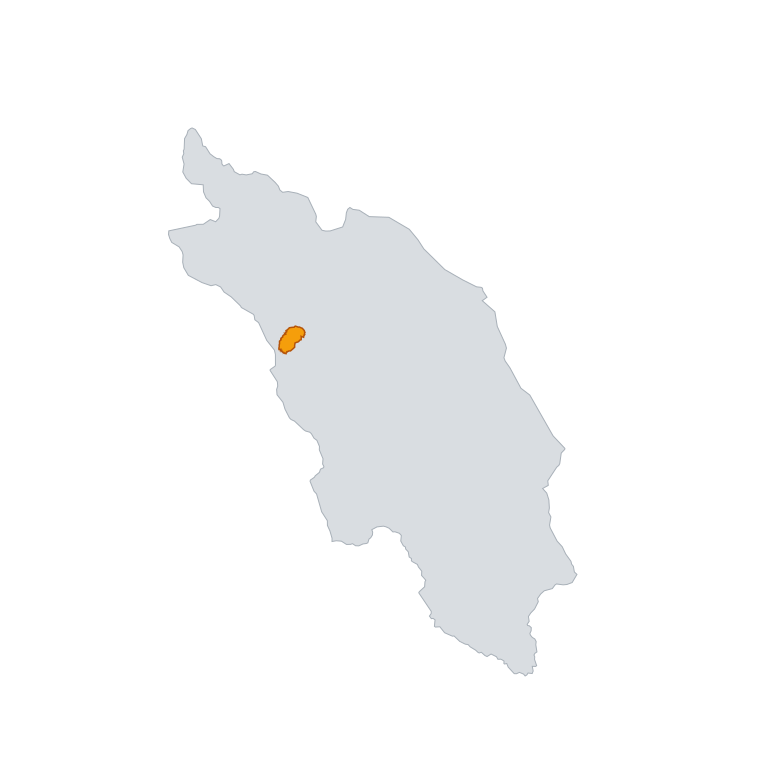 location of Mo'ngonmorit, Töv, Mongolia, rotated 233°
{"feature_id": "93677404B10296672671184", "entity_name": "Mo'ngonmorit", "entity_type": "district", "adm_level": 2, "iso_a3": "MNG", "parent_name": "Mongolia", "parent_adm1": "Töv", "projection": "equal_earth", "projection_center": [108.558, 48.538], "detail": "fine", "context": "in_parent", "style": "filled", "palette": "amber", "viewbox_px": 768, "rotation_deg": 233, "n_neighbors": 0, "source": "geoboundaries", "source_scale": "gbopen_adm2", "svg_char_len": 6235}
<svg xmlns="http://www.w3.org/2000/svg" viewBox="0 0 768 768"><g transform="rotate(233 384 384)"><path d="M65.9,321.0L68.3,320.9L72.2,318.6L72.9,315.4L74.3,313.7L83.1,312.8L86.9,313.8L87.8,311.8L88.5,311.5L90.5,313.1L92.5,312.4L94.0,311.6L95.6,309.3L98.5,309.7L103.9,307.0L104.3,302.3L106.4,301.2L111.1,300.3L111.9,298.2L112.9,297.6L116.3,297.0L122.3,294.6L125.1,294.4L127.4,292.3L132.8,289.6L140.6,288.3L141.4,286.9L148.9,282.7L156.5,282.5L158.9,278.8L160.1,278.4L164.9,282.8L167.2,282.2L168.1,280.6L171.3,280.6L172.3,283.6L174.0,284.9L196.3,286.1L196.9,287.2L197.6,294.4L201.4,297.7L202.2,299.3L208.5,298.8L211.8,301.5L217.2,301.4L219.8,302.1L225.3,299.6L226.5,299.6L228.1,300.9L230.7,300.0L235.4,302.4L239.2,302.0L240.9,303.0L243.2,302.1L248.5,302.9L252.6,306.7L255.6,306.4L259.4,303.8L260.5,302.1L265.7,301.3L268.8,299.6L270.8,298.0L274.1,292.4L275.0,286.6L272.5,285.8L270.4,283.9L269.2,280.8L269.2,278.7L266.9,275.5L267.3,273.8L268.9,271.0L269.9,266.5L271.9,264.0L275.5,262.7L276.0,260.9L278.4,257.5L284.1,255.4L287.5,251.6L289.5,247.7L292.1,249.7L299.2,252.4L305.1,253.7L308.9,256.5L319.4,257.3L336.8,264.0L340.5,263.6L350.8,266.4L351.6,267.4L351.4,272.4L352.1,273.8L352.3,279.3L354.2,282.0L353.5,285.4L354.4,286.4L357.0,286.8L361.0,290.3L370.3,292.7L373.0,294.9L379.4,296.5L382.8,295.5L388.2,296.1L390.2,295.7L393.6,293.1L395.9,292.3L408.2,290.2L411.6,288.4L413.9,288.1L423.5,289.8L430.2,292.3L439.8,292.1L444.3,295.0L446.2,297.8L450.0,300.2L463.4,301.2L464.0,301.8L463.8,307.7L464.3,308.6L473.0,315.1L477.1,316.9L489.4,316.6L508.5,320.8L513.0,319.5L517.0,321.6L518.6,321.5L530.9,316.1L532.7,316.4L545.5,314.4L553.6,311.6L559.8,311.9L564.6,309.5L566.6,305.0L574.5,299.7L588.5,293.1L597.3,294.1L602.4,296.5L608.0,301.2L611.1,302.5L616.8,302.9L624.8,299.7L629.1,300.5L633.1,301.9L635.8,304.3L624.2,329.1L624.1,330.6L620.3,335.8L619.9,344.2L614.9,347.2L615.7,351.9L617.0,353.7L622.8,358.6L624.7,357.9L626.2,355.9L629.3,354.2L634.9,354.6L639.8,353.9L646.1,355.5L651.9,359.5L659.8,350.8L667.3,349.8L674.4,350.9L680.0,356.7L686.6,359.4L688.4,362.7L691.0,364.1L691.8,365.7L700.0,372.4L701.9,376.8L704.3,380.0L704.4,383.2L704.0,384.8L700.8,386.5L689.8,385.7L683.2,382.5L680.9,384.3L672.5,383.6L667.8,384.9L664.6,386.2L662.8,388.3L661.3,388.8L659.9,388.7L657.3,387.0L655.1,387.0L654.5,387.4L653.3,392.9L646.1,392.9L643.7,392.2L637.8,394.8L637.0,396.9L633.9,399.8L631.2,405.3L631.9,407.7L631.1,409.2L625.8,412.1L620.9,416.6L610.4,418.4L605.5,418.7L601.7,417.6L598.1,418.4L595.4,423.3L588.7,429.4L578.8,435.4L560.7,431.7L558.5,430.8L554.6,427.1L544.1,427.0L541.2,429.5L538.6,433.2L534.3,445.5L538.5,452.4L543.4,457.0L545.4,460.2L545.5,463.0L542.2,464.2L537.7,468.8L526.6,472.9L514.2,488.2L492.3,497.3L478.7,497.9L468.0,497.1L438.8,501.4L420.0,509.4L405.9,516.4L402.8,519.7L401.3,520.3L398.8,519.0L391.3,518.5L391.4,512.6L374.9,516.0L361.8,509.1L342.8,504.9L339.0,503.4L332.8,495.6L329.4,494.6L321.1,494.3L298.2,490.8L287.4,493.8L240.8,487.8L223.7,489.7L223.0,489.0L222.2,484.0L214.7,476.5L213.8,474.7L213.6,471.8L208.1,456.5L204.2,454.2L205.1,447.8L198.9,448.3L192.2,445.9L185.4,441.4L182.3,438.1L177.4,437.3L171.7,431.3L169.0,430.1L154.3,427.7L146.8,428.4L138.9,426.8L129.9,426.6L127.1,425.4L124.4,425.5L119.3,422.9L115.8,423.5L112.2,414.8L113.8,409.4L115.8,406.2L120.5,401.4L120.6,399.6L119.3,395.3L122.4,387.6L122.0,382.8L120.3,377.5L117.3,376.2L113.7,368.9L112.8,363.3L111.4,359.4L107.1,357.1L105.9,353.7L104.6,353.4L103.5,354.5L100.8,355.0L98.3,352.9L97.0,350.4L95.4,349.8L92.4,349.9L89.6,351.0L86.7,350.5L84.4,348.3L78.0,344.9L78.1,342.4L77.3,340.7L75.4,340.2L73.5,338.5L67.2,336.4L67.2,335.1L69.3,332.5L65.0,330.4L63.6,328.1L66.5,325.1L65.7,323.0L65.9,321.0Z" fill="#d9dde1" stroke="#a8b0b8" stroke-width="1"/><path d="M474.7,352.5L477.7,352.3L478.2,351.9L480.4,350.7L481.1,349.7L483.1,348.4L483.6,348.0L483.7,347.4L483.4,346.5L484.9,344.1L485.9,342.2L485.6,341.2L485.5,339.0L484.9,338.3L485.1,338.3L485.2,338.2L485.3,338.1L485.5,338.1L485.6,337.9L485.4,337.8L484.8,337.6L484.6,337.5L484.4,337.4L484.3,337.2L484.4,336.9L484.4,336.7L484.2,336.5L484.1,336.4L483.7,336.0L483.7,335.9L483.8,335.8L483.7,335.7L483.8,335.7L483.7,335.6L483.8,335.5L483.7,335.5L483.8,335.4L483.7,335.3L483.8,335.2L483.7,335.2L483.8,335.1L483.7,334.9L483.7,335.0L483.6,334.9L483.4,334.7L483.3,334.4L483.3,334.2L483.4,333.9L483.4,333.7L483.5,333.5L483.5,333.4L483.6,333.2L483.5,332.9L483.4,332.8L483.4,332.6L483.4,332.4L483.3,332.2L483.2,332.0L483.2,331.8L483.0,331.7L482.9,331.7L482.7,331.5L482.6,331.4L482.4,331.2L482.5,330.9L482.6,330.7L482.5,330.3L482.5,330.1L482.5,329.9L482.4,329.7L482.5,329.6L482.6,329.4L482.6,329.2L482.4,329.0L482.2,329.0L482.0,328.9L481.9,328.9L481.8,328.7L481.7,328.6L481.7,328.4L481.4,328.3L481.3,328.2L481.2,328.2L481.1,326.3L478.9,324.7L478.3,323.8L477.1,323.0L475.9,321.6L475.1,321.1L475.1,321.3L474.9,321.4L474.7,321.4L474.6,321.5L474.4,321.5L474.3,321.4L474.2,321.4L474.1,321.5L473.9,321.6L473.9,321.8L473.7,321.8L473.7,322.0L473.6,321.9L473.5,322.0L473.4,321.9L473.4,322.0L473.2,322.0L472.9,322.2L472.7,322.1L472.4,321.9L472.4,322.0L472.3,321.9L472.3,322.0L472.2,322.0L471.9,322.1L471.7,322.0L471.4,322.1L471.2,322.1L471.2,322.3L470.9,322.2L470.9,322.3L470.7,322.3L470.4,322.3L470.5,322.3L470.4,322.3L470.2,322.5L469.9,322.7L469.7,322.7L469.5,322.8L469.4,322.7L469.4,322.8L469.4,322.7L469.4,322.8L469.1,322.9L469.1,323.0L468.9,323.0L468.7,323.1L468.4,323.1L468.2,323.1L468.1,323.3L467.9,323.4L467.9,323.5L468.0,323.5L467.9,323.6L467.8,323.8L467.8,324.0L467.7,324.1L467.3,324.1L467.4,324.3L467.5,324.3L467.5,324.5L467.7,324.8L467.7,325.0L467.7,325.4L467.8,325.6L468.1,325.7L468.2,325.8L468.3,325.9L467.8,326.8L467.6,328.0L466.7,329.2L466.9,332.7L467.1,334.3L467.2,334.9L468.2,335.5L469.5,336.8L470.3,337.6L470.1,338.4L469.8,339.7L469.4,340.3L469.3,341.4L469.4,342.1L469.6,342.5L469.7,342.9L469.5,343.8L469.2,344.4L469.2,344.5L471.3,346.2L471.9,346.5L469.7,347.9L471.1,349.4L471.0,349.5L470.9,349.7L470.9,349.8L471.2,350.1L471.3,350.2L471.3,350.4L471.3,350.5L471.5,350.5L471.8,350.7L472.0,350.8L472.3,351.2L472.5,351.3L472.6,351.5L472.7,351.8L472.8,351.9L473.0,351.9L473.0,352.0L473.3,352.0L473.5,352.0L473.8,352.1L474.0,352.2L474.1,352.3L474.3,352.3L474.7,352.5Z" fill="#f59e0b" stroke="#b45309" stroke-width="1.5"/></g></svg>